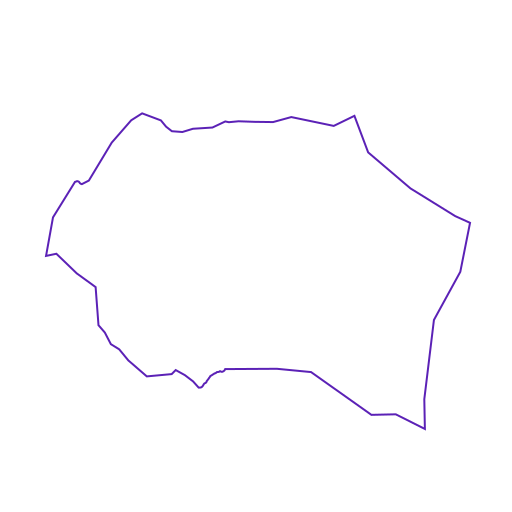 Nariinteel, Övörhangay, Mongolia, rotated 277°
{"feature_id": "93677404B10303080752591", "entity_name": "Nariinteel", "entity_type": "district", "adm_level": 2, "iso_a3": "MNG", "parent_name": "Mongolia", "parent_adm1": "Övörhangay", "projection": "natural_earth1", "projection_center": [101.463, 45.858], "detail": "fine", "context": "isolated", "style": "outline", "palette": "violet", "viewbox_px": 512, "rotation_deg": 277, "n_neighbors": 0, "source": "geoboundaries", "source_scale": "gbopen_adm2", "svg_char_len": 1242}
<svg xmlns="http://www.w3.org/2000/svg" viewBox="0 0 512 512"><g transform="rotate(277 256 256)"><path d="M315.0,464.4L319.9,448.8L341.9,401.1L372.5,354.7L407.1,336.6L394.6,317.3L398.2,274.1L391.0,256.6L389.0,238.3L387.6,222.3L385.5,212.8L385.8,209.1L378.2,197.1L374.6,177.9L370.1,167.8L369.6,157.3L373.4,151.0L379.0,145.1L383.7,125.6L375.5,115.6L351.0,99.0L310.5,80.9L306.1,74.4L306.3,73.4L306.8,72.4L307.6,71.7L308.1,71.2L308.3,70.6L308.5,69.7L308.3,68.8L307.9,68.3L307.5,67.3L269.6,49.8L230.5,47.6L233.9,57.6L216.9,80.2L205.6,100.6L168.1,108.1L161.6,115.3L150.8,122.7L146.7,131.6L136.8,142.0L123.2,162.3L128.5,186.7L133.0,190.2L129.1,199.9L123.9,208.8L118.4,215.1L118.7,217.2L119.6,218.4L120.9,219.2L122.4,219.8L123.3,220.4L123.8,221.4L124.7,222.1L125.7,222.3L126.7,222.9L127.6,223.4L128.5,224.0L129.3,224.3L130.2,224.9L131.1,225.2L131.8,226.0L132.4,226.8L133.2,227.7L133.8,228.5L134.4,229.1L134.7,230.0L135.3,230.7L135.9,231.2L136.1,231.8L136.3,232.7L136.7,233.7L137.3,234.3L137.2,234.9L136.9,235.5L136.9,236.3L137.1,236.9L137.7,237.8L138.4,238.5L138.9,238.8L140.0,239.2L146.6,290.5L147.5,324.8L112.4,389.9L115.9,414.0L104.9,444.7L134.4,440.5L214.2,440.4L265.2,460.7L315.0,464.4Z" fill="none" stroke="#5b21b6" stroke-width="2"/></g></svg>